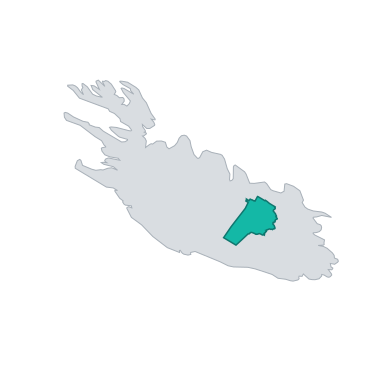 location of Skútustaðahreppur, Norðurland eystra, Iceland, rotated 33°
{"feature_id": "244011B58365339597746", "entity_name": "Skútustaðahreppur", "entity_type": "district", "adm_level": 2, "iso_a3": "ISL", "parent_name": "Iceland", "parent_adm1": "Norðurland eystra", "projection": "natural_earth1", "projection_center": [-16.6, 65.112], "detail": "fine", "context": "in_parent", "style": "filled", "palette": "teal", "viewbox_px": 384, "rotation_deg": 33, "n_neighbors": 0, "source": "geoboundaries", "source_scale": "gbopen_adm2", "svg_char_len": 7114}
<svg xmlns="http://www.w3.org/2000/svg" viewBox="0 0 384 384"><g transform="rotate(33 192 192)"><path d="M294.9,143.1L298.3,143.3L303.9,141.9L311.8,138.1L315.2,137.3L322.8,137.3L313.6,141.0L310.1,145.0L307.6,147.0L307.6,147.9L314.2,150.4L317.3,149.6L318.7,149.9L320.0,151.1L320.9,153.4L320.4,155.8L318.5,158.2L315.9,160.2L316.3,160.9L318.4,161.2L329.2,160.0L330.5,163.0L331.4,163.9L331.2,164.9L326.9,168.1L331.9,166.1L336.0,165.6L342.9,166.6L345.7,167.7L347.4,169.8L350.8,169.1L352.4,170.3L352.4,171.5L351.0,174.9L346.9,176.6L349.4,179.1L351.5,179.1L351.8,179.7L351.6,181.1L348.5,182.8L353.7,184.8L354.4,185.5L354.1,187.6L353.3,188.9L351.7,189.6L348.0,189.7L345.7,190.5L346.5,191.9L345.8,195.6L342.9,198.6L340.2,200.2L337.5,201.3L330.0,200.1L330.3,202.7L327.6,204.3L328.2,205.7L329.1,206.4L328.7,208.1L325.3,211.7L322.9,212.8L318.0,214.2L311.1,217.5L304.1,217.5L286.8,222.1L279.9,224.7L267.7,232.2L262.5,234.2L253.7,235.2L227.0,240.2L224.0,243.2L223.8,243.8L225.0,245.0L223.0,247.1L219.0,248.6L217.1,248.6L213.8,247.3L213.3,247.9L214.6,249.5L201.6,252.1L183.5,250.7L167.6,247.0L155.0,246.3L146.2,241.2L145.9,240.4L146.9,238.8L150.2,238.1L148.7,236.6L143.2,239.3L141.5,239.2L139.2,238.1L139.1,237.0L134.7,236.6L127.0,233.4L126.4,232.6L128.3,231.5L128.0,231.3L123.7,231.5L117.5,234.5L81.2,235.7L80.0,234.1L78.8,228.2L80.1,225.8L81.6,226.0L85.7,229.3L95.5,227.5L99.5,226.2L103.3,223.0L105.4,222.0L108.5,217.9L111.5,215.4L117.7,214.3L112.2,213.6L103.0,216.8L99.9,216.8L101.4,215.4L104.6,213.8L102.4,213.7L101.6,213.0L101.6,211.4L103.3,209.0L114.2,204.7L111.7,203.9L104.1,207.2L98.7,208.3L94.3,206.8L92.2,204.8L92.4,203.9L95.1,201.3L94.7,200.8L92.9,200.6L88.2,198.2L80.6,198.4L61.9,197.0L47.7,200.3L44.3,198.8L41.7,195.5L42.3,194.3L44.8,193.5L51.7,193.6L62.0,192.1L66.7,190.2L68.5,190.7L69.3,191.6L75.6,190.2L79.0,188.5L84.6,189.3L105.7,188.4L108.6,186.2L109.7,183.6L109.3,183.0L101.4,185.4L99.7,185.4L90.7,184.1L87.6,182.7L88.7,181.5L93.5,179.0L105.8,174.9L107.5,174.0L107.7,173.0L103.0,171.3L93.8,171.8L91.6,169.7L84.1,168.4L79.0,169.2L76.4,167.9L46.5,174.6L37.0,171.5L30.1,171.0L29.6,170.1L33.7,167.1L36.5,166.6L39.2,166.9L44.4,168.9L48.0,169.5L43.6,166.6L43.5,163.7L42.1,163.0L40.8,161.1L41.4,160.4L46.9,160.8L55.4,164.1L59.7,163.5L65.3,161.4L53.0,160.2L49.3,157.6L52.1,156.3L58.5,156.4L51.5,152.0L51.2,151.2L52.5,149.2L61.4,150.9L56.8,148.3L56.7,147.7L58.1,147.2L58.9,145.6L61.1,144.9L65.6,145.5L72.5,148.6L73.5,149.4L73.6,152.5L76.4,152.0L79.7,152.5L82.5,150.4L84.3,150.9L85.7,152.8L85.4,156.9L87.3,155.5L90.6,155.4L91.3,151.9L90.7,149.2L80.2,146.0L76.1,143.7L76.6,142.9L78.7,142.2L89.9,141.7L85.2,140.3L84.0,138.9L75.6,139.5L71.3,138.9L71.3,138.2L73.0,137.2L78.2,135.0L87.9,134.8L91.8,135.4L99.2,140.1L105.1,142.0L115.0,148.4L121.4,150.9L121.7,151.5L120.6,152.2L118.1,153.1L121.9,154.2L124.2,155.9L124.3,156.6L122.0,161.7L119.5,163.4L113.6,162.4L115.0,164.1L119.2,165.8L120.1,166.8L119.4,167.8L121.5,167.5L122.1,168.0L121.1,171.0L120.0,172.0L123.5,172.6L125.9,174.1L128.8,180.0L130.5,175.4L131.4,173.8L132.9,173.2L134.7,168.5L138.8,165.8L142.6,164.8L146.4,168.0L149.2,168.3L152.2,162.6L152.7,158.4L151.9,153.9L152.5,150.6L154.5,148.6L157.0,148.0L162.3,150.0L166.7,154.5L173.3,159.5L178.0,160.7L178.8,160.6L179.7,159.0L179.1,152.4L181.4,149.0L186.9,148.1L195.4,144.9L197.3,144.8L201.4,146.7L208.8,153.2L214.0,156.3L216.7,161.1L217.9,162.0L219.1,160.5L219.3,158.3L213.0,148.3L212.9,146.9L213.5,145.8L225.1,146.4L227.6,147.5L235.6,153.2L239.5,150.9L247.4,144.1L250.0,144.3L256.7,147.1L259.3,146.8L267.1,144.4L268.8,141.2L265.5,134.8L266.8,133.5L274.0,131.9L281.8,132.2L289.9,138.1L290.2,140.9L294.9,143.1Z" fill="#d9dde1" stroke="#a8b0b8" stroke-width="1"/><path d="M258.0,159.0L257.9,159.6L252.8,159.8L251.8,159.9L250.1,159.9L249.4,160.1L249.8,165.2L249.2,165.3L249.2,165.5L248.8,165.7L248.3,165.8L247.6,165.8L247.3,165.7L246.9,165.8L246.8,166.0L245.2,166.2L245.0,166.3L244.7,166.3L244.8,166.9L244.2,167.6L244.3,167.7L244.4,167.8L244.5,167.8L244.6,168.0L243.7,168.6L243.0,168.7L242.9,168.7L242.7,168.7L242.6,168.4L242.4,168.3L242.3,168.2L242.2,168.2L241.9,168.2L241.8,168.3L241.7,168.3L241.8,168.4L241.8,168.5L241.7,168.6L241.7,168.8L241.9,169.4L241.9,169.7L242.1,169.9L242.3,170.3L244.7,170.1L244.9,171.0L245.0,171.6L245.6,176.7L245.3,180.6L244.2,193.7L243.7,199.9L243.4,213.1L257.8,212.6L259.8,204.9L261.7,197.2L261.7,196.9L261.8,196.7L262.0,196.5L262.2,196.4L262.3,196.3L262.5,196.2L262.8,195.8L262.8,195.5L262.9,195.3L263.0,195.0L263.1,194.7L263.0,194.4L263.1,194.2L263.4,193.9L263.5,193.8L263.7,193.6L264.0,193.4L264.4,193.3L264.8,193.2L265.2,193.1L265.4,193.0L265.8,193.0L266.2,192.9L266.6,192.8L266.9,192.8L267.6,192.7L268.0,192.7L268.4,192.7L268.5,192.7L268.8,192.6L268.9,192.4L269.0,192.4L269.3,192.2L269.5,192.0L269.7,191.9L269.8,191.8L269.9,191.7L270.1,191.4L270.3,191.2L270.5,191.0L270.6,190.9L270.6,190.7L271.0,190.5L271.2,190.2L271.3,190.1L271.5,190.0L272.0,189.9L272.3,189.9L272.9,189.8L273.4,189.8L274.0,189.7L274.2,189.8L274.3,189.8L274.5,189.7L274.9,189.4L275.2,189.2L275.3,189.0L275.3,188.9L275.4,188.7L275.5,188.7L275.8,188.7L275.6,188.5L275.8,188.3L275.9,188.2L275.6,188.0L275.4,188.0L275.1,187.8L275.0,187.7L275.1,187.3L275.2,187.2L275.3,187.0L275.3,186.9L275.3,186.7L275.5,186.6L275.5,186.4L275.6,186.2L275.6,185.9L275.6,185.6L275.4,185.2L275.5,185.0L275.5,184.9L275.6,184.7L275.8,184.6L275.8,184.4L275.7,184.3L275.7,184.2L275.4,183.9L275.3,183.7L275.2,183.7L275.3,183.6L275.2,183.5L275.2,183.4L275.5,183.3L275.6,183.1L275.6,182.8L275.6,182.7L275.8,182.5L275.9,182.4L276.0,182.2L276.4,181.8L276.5,181.6L276.6,181.4L276.9,180.9L277.0,180.8L277.3,180.7L277.5,180.7L278.2,180.5L278.3,180.5L278.4,180.4L278.5,180.2L278.8,180.0L279.0,179.9L279.8,179.7L280.0,179.7L280.1,179.4L280.2,179.2L280.2,178.9L280.4,178.7L280.4,178.4L280.5,178.3L280.6,178.2L280.8,178.1L281.0,178.1L281.3,177.9L281.3,177.7L281.4,177.4L281.0,177.1L280.8,177.0L280.8,176.9L280.9,176.7L280.7,176.5L280.1,176.1L279.9,175.9L279.7,175.8L279.3,175.5L279.2,175.4L278.4,175.1L277.7,175.0L277.5,174.9L277.4,174.9L277.3,174.7L277.1,174.3L277.0,174.2L276.9,174.1L276.8,173.9L276.8,173.7L276.7,173.6L276.7,173.3L276.7,173.1L276.8,173.0L277.0,173.0L277.4,173.0L277.4,172.9L277.3,172.7L277.4,172.4L277.4,172.2L277.5,172.0L277.7,171.9L277.8,171.8L277.9,171.7L277.7,171.4L277.6,171.2L277.5,170.9L277.4,170.9L277.2,170.7L277.3,170.5L277.2,170.4L277.3,170.3L277.3,170.1L277.3,169.9L277.2,169.6L277.3,169.5L277.3,169.4L277.5,169.1L277.8,168.8L277.9,168.6L278.0,168.5L278.0,168.3L278.1,168.2L278.0,167.9L277.8,167.8L277.7,167.8L277.1,167.5L276.7,167.4L276.3,167.2L276.0,167.0L275.8,166.9L275.9,166.7L276.0,166.4L275.7,166.3L275.6,166.2L275.6,165.9L275.1,165.7L274.8,165.6L274.4,165.3L274.3,165.1L274.2,165.0L273.7,164.8L272.4,164.3L272.2,164.3L272.1,164.2L271.9,164.1L271.6,164.0L270.9,163.9L270.7,163.8L270.5,163.7L270.4,163.6L270.3,163.2L270.2,162.6L270.2,162.3L270.4,162.1L270.5,161.9L270.6,161.7L270.7,161.4L270.8,161.1L270.8,160.9L270.8,160.6L270.7,160.4L270.2,160.1L269.9,160.0L269.9,159.9L270.0,159.8L270.1,159.7L270.1,159.4L270.0,159.2L263.1,159.4L259.9,159.0L258.0,159.0Z" fill="#14b8a6" stroke="#0f766e" stroke-width="1.5"/></g></svg>